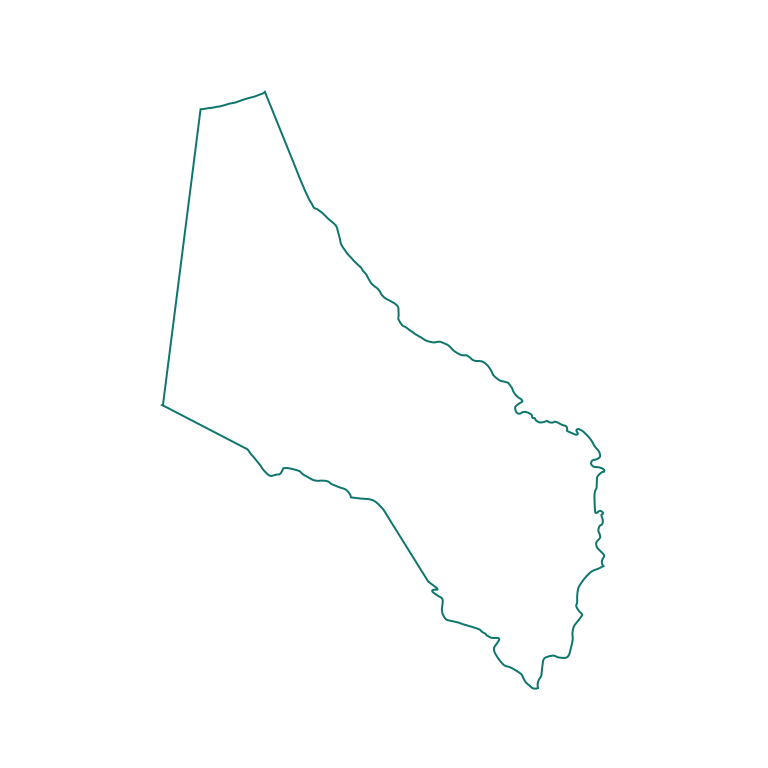 the district of Concepcion del Sur, Santa Bárbara, Honduras, rotated 292°
{"feature_id": "27666195B6871668966766", "entity_name": "Concepcion del Sur", "entity_type": "district", "adm_level": 2, "iso_a3": "HND", "parent_name": "Honduras", "parent_adm1": "Santa Bárbara", "projection": "robinson", "projection_center": [-88.156, 14.821], "detail": "fine", "context": "isolated", "style": "outline", "palette": "teal", "viewbox_px": 768, "rotation_deg": 292, "n_neighbors": 0, "source": "geoboundaries", "source_scale": "gbopen_adm2", "svg_char_len": 6166}
<svg xmlns="http://www.w3.org/2000/svg" viewBox="0 0 768 768"><g transform="rotate(292 384 384)"><path d="M281.4,186.2L272.3,282.0L269.4,286.5L267.2,290.9L262.1,300.1L260.2,302.6L259.2,304.3L257.1,308.8L256.5,310.7L256.2,312.2L256.4,313.5L256.7,314.3L258.5,316.6L260.1,318.8L260.4,319.5L260.8,320.5L261.3,321.1L262.6,321.7L265.1,322.1L268.2,322.2L269.3,324.5L270.0,326.3L270.9,331.1L271.5,335.9L271.5,338.5L271.4,339.2L270.5,340.8L269.7,343.4L268.5,353.1L268.5,354.4L268.7,356.2L269.2,358.2L269.6,359.5L270.8,361.7L271.5,363.6L272.3,366.0L272.6,367.6L272.6,369.3L271.7,372.2L271.5,374.1L271.5,381.7L271.9,385.7L271.9,387.2L271.7,388.3L271.4,389.5L270.2,391.9L268.4,394.4L267.4,395.2L266.5,395.8L269.1,405.5L271.3,412.1L271.7,413.9L272.0,415.8L272.1,417.4L271.9,419.0L271.5,420.8L270.2,424.5L267.7,429.7L266.1,432.3L263.0,436.4L217.4,499.0L214.7,509.1L214.2,510.1L213.7,510.5L213.3,510.4L212.0,507.5L211.4,506.5L210.6,506.1L210.0,506.3L209.4,507.1L208.8,508.9L207.7,514.0L207.4,517.1L207.1,517.8L206.6,518.6L205.5,519.4L204.1,520.1L197.5,521.8L196.0,522.4L194.6,523.2L193.2,524.2L192.2,525.2L190.5,527.0L189.5,528.6L189.0,529.9L188.9,531.4L190.7,542.4L190.8,546.7L191.9,557.8L192.2,563.5L192.1,565.1L191.3,566.8L190.9,568.0L190.4,571.6L190.1,572.3L189.5,573.2L189.3,573.7L189.2,575.2L188.8,577.8L188.9,578.6L189.8,581.4L191.1,584.3L191.2,584.9L191.2,585.6L190.7,586.3L190.0,586.7L187.1,586.2L181.6,584.9L180.7,584.9L179.7,585.1L178.0,586.0L176.5,587.2L175.1,588.9L173.1,591.6L170.9,595.1L169.7,597.3L168.8,599.2L168.2,601.0L168.0,602.7L168.6,605.4L168.5,609.1L167.5,615.7L166.6,619.4L166.1,620.5L165.4,621.4L162.9,624.0L160.6,627.0L159.4,630.1L157.7,635.2L157.7,636.5L158.0,637.9L158.7,639.4L159.7,640.7L162.0,639.4L163.5,638.8L164.9,638.5L167.3,638.3L168.7,638.5L170.9,639.0L172.7,639.0L173.8,638.8L181.1,636.7L186.9,635.2L188.5,635.2L189.8,635.5L191.0,636.3L192.4,637.8L194.0,639.9L195.0,641.5L195.7,643.1L195.9,644.3L195.9,645.1L195.7,646.5L195.8,647.9L196.7,651.4L197.4,653.4L198.2,655.0L198.9,655.8L199.8,656.4L201.1,656.9L203.0,657.0L206.6,656.6L213.5,655.6L217.1,654.9L219.0,654.3L221.6,652.9L223.6,652.0L226.5,651.3L229.1,650.9L230.9,650.9L232.4,651.2L239.4,653.3L243.5,654.3L244.1,654.3L244.5,654.0L245.1,653.2L246.2,650.5L247.8,647.9L249.0,646.4L250.3,645.3L251.3,645.0L252.8,645.1L253.9,644.9L259.1,642.8L262.1,641.8L265.2,641.0L268.2,640.6L269.9,640.7L273.0,641.3L277.9,642.5L282.3,644.0L286.0,645.6L287.6,646.5L289.0,647.6L290.2,648.7L293.3,652.2L297.4,655.7L298.1,654.5L299.0,653.5L299.8,653.0L300.9,652.5L302.3,652.2L306.2,652.6L307.2,652.5L307.8,652.3L309.0,650.0L311.4,644.2L312.0,643.2L312.5,642.5L313.2,641.8L314.5,641.0L315.6,640.4L316.3,640.2L317.3,640.3L318.8,640.7L321.2,641.7L322.8,641.9L323.7,641.5L325.1,640.6L326.0,639.8L327.8,637.9L329.4,637.3L331.4,637.0L333.2,637.1L333.9,637.4L334.7,638.2L335.2,638.6L336.2,638.8L337.1,638.8L338.6,638.4L340.0,637.7L341.2,636.8L342.9,635.2L343.9,634.6L345.9,635.6L346.5,635.5L346.9,635.0L347.3,633.9L347.5,632.9L347.4,632.0L347.1,631.5L346.2,630.7L345.7,630.4L344.8,630.1L344.3,629.7L343.9,628.8L344.0,628.1L344.7,627.6L345.7,627.0L358.3,621.3L360.4,620.6L363.4,619.9L364.8,619.8L366.6,620.1L367.8,619.9L376.2,616.8L377.7,616.5L379.3,616.8L381.5,617.7L384.1,619.3L384.4,619.7L384.7,620.3L385.0,620.8L385.6,620.9L386.2,620.8L386.8,620.2L387.2,619.4L387.4,618.5L387.5,617.2L387.2,614.3L386.8,612.7L386.0,610.6L385.9,609.8L385.9,609.1L386.2,608.0L386.6,607.0L387.2,606.2L388.0,605.7L388.8,605.5L389.6,605.5L390.5,605.6L391.3,605.9L392.2,606.8L393.2,608.6L393.9,609.4L395.6,610.8L397.2,611.5L397.9,611.5L399.2,610.9L400.6,609.9L401.7,608.9L402.2,608.2L405.4,602.3L406.0,601.5L408.2,599.0L410.0,596.4L411.1,594.5L412.6,591.3L414.2,587.5L414.9,585.1L415.1,583.3L415.2,581.9L415.0,581.0L414.6,580.3L413.8,579.8L413.1,579.7L412.7,579.9L410.9,582.1L410.4,582.4L409.8,582.3L409.4,581.9L409.0,581.2L408.8,580.5L408.9,573.1L409.1,571.4L409.4,571.1L410.5,570.9L411.9,570.1L412.8,569.3L413.1,568.6L413.2,567.7L412.9,565.9L412.8,564.7L413.4,558.6L413.2,557.2L413.1,556.5L412.6,555.9L411.8,555.3L411.4,554.8L410.8,553.4L410.5,552.1L410.5,550.9L410.6,550.2L410.9,549.4L410.9,548.9L410.6,548.5L409.6,547.7L408.0,545.6L407.2,544.1L406.6,542.5L406.7,540.9L407.1,538.7L407.6,537.9L408.5,537.0L408.8,536.5L408.7,536.0L408.2,535.1L408.3,534.5L408.7,533.8L409.6,533.4L410.2,533.0L410.8,532.2L411.1,531.3L411.4,528.6L411.2,526.0L410.8,524.6L410.3,523.7L409.7,522.9L408.2,521.9L407.3,520.9L406.8,519.6L406.9,518.5L407.6,517.0L408.9,515.7L410.6,514.7L411.9,514.3L413.1,514.6L414.7,515.5L417.1,517.0L419.2,518.7L419.5,518.8L420.0,518.7L420.6,518.0L421.1,517.2L421.4,516.3L421.7,514.0L422.1,512.8L423.6,509.3L424.3,508.3L425.8,506.4L428.3,504.1L431.5,499.0L431.6,498.4L431.4,496.1L430.7,491.7L430.6,490.5L431.0,488.3L431.8,485.3L432.6,483.3L433.3,481.9L433.9,481.1L435.7,479.4L438.3,475.9L439.3,474.4L439.9,473.2L440.6,471.6L441.1,470.0L441.5,468.3L441.6,466.7L441.4,465.2L440.9,463.4L439.8,460.8L439.5,459.1L439.5,458.0L439.6,456.9L440.9,453.3L441.5,450.2L441.4,449.2L440.6,447.6L440.0,445.9L439.8,444.8L439.8,443.4L440.1,440.6L440.7,437.3L441.6,434.7L443.3,431.1L444.1,428.5L444.2,427.3L444.3,420.8L444.2,420.1L443.4,418.3L442.8,417.2L441.6,415.6L441.0,414.1L440.4,411.1L440.0,406.8L440.2,405.3L441.0,401.2L441.8,395.1L443.8,386.6L444.9,382.7L445.0,381.8L444.9,380.1L445.4,378.5L447.3,375.7L448.7,374.0L449.7,372.9L450.9,372.4L453.4,371.8L457.0,370.1L459.1,369.3L460.5,368.4L461.5,367.1L462.2,365.4L462.8,363.3L464.0,352.6L465.1,350.0L466.1,347.9L468.1,345.9L469.7,343.1L470.4,341.3L470.9,339.0L471.5,337.1L472.1,335.5L472.8,334.1L475.2,330.9L478.7,326.8L480.2,324.1L481.1,322.0L483.2,319.3L486.9,309.8L487.7,308.5L489.2,305.3L490.5,302.3L491.8,300.0L492.3,299.4L495.2,294.8L497.8,291.5L502.5,288.4L511.3,281.8L512.9,280.0L514.0,277.6L516.2,270.7L519.7,262.3L520.1,260.4L521.0,257.0L521.1,252.9L524.0,249.6L526.9,245.6L533.8,238.2L543.8,228.2L551.1,221.3L610.3,164.1L609.1,163.6L608.3,163.1L602.0,156.3L599.2,152.5L595.8,148.1L589.2,140.6L587.7,138.4L586.1,135.7L582.7,131.6L579.6,127.4L578.4,125.2L576.0,121.6L574.2,118.2L571.7,114.2L570.0,111.0L282.2,186.8L281.4,186.2Z" fill="none" stroke="#0f766e" stroke-width="2"/></g></svg>